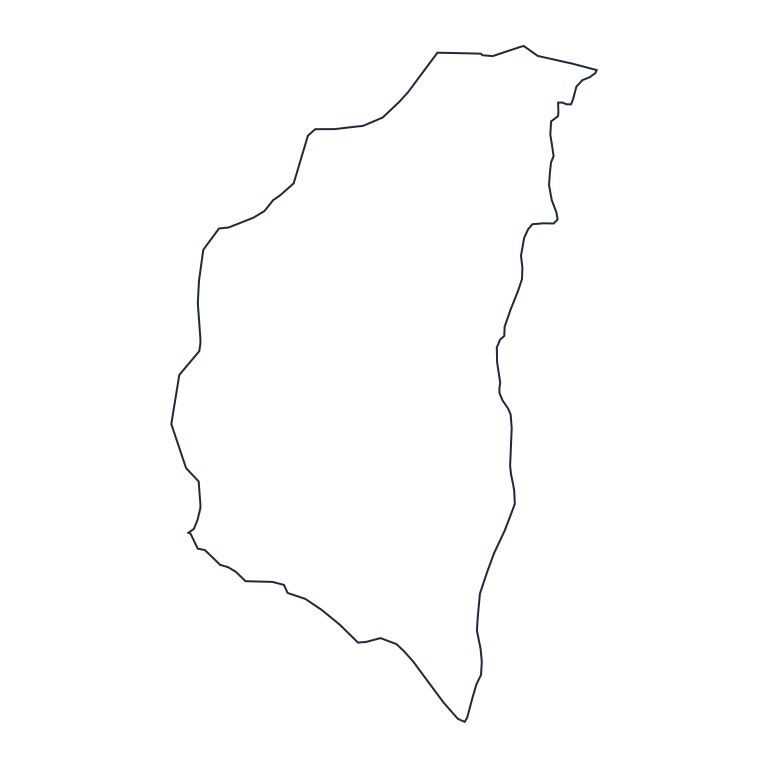 Sanquin Dist #1, Sinoe, Liberia (Equal Earth projection)
{"feature_id": "62588387B9002390323622", "entity_name": "Sanquin Dist #1", "entity_type": "district", "adm_level": 2, "iso_a3": "LBR", "parent_name": "Liberia", "parent_adm1": "Sinoe", "projection": "equal_earth", "projection_center": [-9.186, 5.483], "detail": "fine", "context": "isolated", "style": "outline", "palette": "slate", "viewbox_px": 768, "rotation_deg": 0, "n_neighbors": 0, "source": "geoboundaries", "source_scale": "gbopen_adm2", "svg_char_len": 1870}
<svg xmlns="http://www.w3.org/2000/svg" viewBox="0 0 768 768"><path d="M200.4,341.9L200.4,343.5L199.3,351.1L195.1,356.1L179.3,374.9L171.3,424.1L186.1,468.2L195.9,478.5L198.7,481.5L199.2,488.8L200.4,504.5L200.4,508.1L197.5,520.0L193.8,529.0L188.4,532.8L190.6,533.8L197.7,548.6L204.9,550.1L220.2,564.9L227.9,567.1L235.6,571.6L245.5,581.2L272.4,581.9L283.9,584.9L287.2,592.0L287.7,593.0L305.3,598.9L321.8,610.0L339.9,624.8L358.0,642.6L366.2,641.9L380.5,638.1L396.4,644.1L403.5,650.7L413.4,661.8L424.9,677.4L443.6,702.6L457.8,718.8L464.7,721.9L466.2,719.3L467.3,717.3L472.9,696.2L476.6,683.9L481.0,675.0L481.1,673.5L481.8,661.9L480.6,648.9L476.9,630.5L477.9,615.5L479.9,593.8L480.7,591.3L487.3,571.6L494.1,553.1L504.7,530.6L512.6,509.9L514.8,503.8L514.2,490.7L513.2,484.8L511.0,474.1L510.1,465.7L510.6,454.6L510.8,449.2L511.7,428.6L510.7,414.7L508.0,408.4L502.5,400.4L499.6,393.4L499.3,389.1L500.2,382.6L498.5,371.4L497.1,362.2L496.8,347.4L500.2,339.5L504.3,335.9L504.6,326.9L510.5,309.8L518.2,290.5L522.0,279.0L522.4,267.9L521.0,255.6L524.2,237.7L528.1,229.3L532.4,224.2L543.6,223.3L553.7,223.5L557.6,219.4L556.4,212.4L551.7,199.9L549.0,184.9L549.2,182.8L549.9,173.0L551.0,162.5L553.6,156.2L551.8,143.9L550.3,134.6L551.1,121.4L558.0,116.2L558.4,112.7L558.1,102.7L562.1,102.5L566.7,104.3L571.1,104.3L573.2,98.8L576.4,86.6L582.3,80.2L589.7,77.2L595.4,73.1L596.7,70.1L594.4,69.5L585.8,67.2L571.7,63.5L566.1,62.3L537.7,55.9L529.8,50.3L523.9,46.1L521.2,46.6L492.7,56.1L482.3,55.2L481.0,53.7L470.4,53.4L437.4,52.7L408.2,92.0L405.3,95.2L399.2,101.9L382.6,117.6L379.4,118.9L375.3,120.7L362.9,125.9L356.1,126.6L334.6,129.1L315.3,129.2L313.6,130.6L311.5,132.5L307.9,135.7L293.7,183.3L280.4,195.1L273.1,200.2L264.5,211.0L253.2,217.8L232.4,226.0L228.6,227.5L219.0,228.5L203.3,249.7L199.0,280.7L197.8,303.1L200.4,338.9L200.4,341.9Z" fill="none" stroke="#1e293b" stroke-width="2"/></svg>